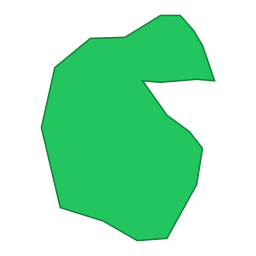 the border of Saint Philip
{"feature_id": "ATG-5095", "entity_name": "Saint Philip", "entity_type": "Parish", "adm_level": 1, "iso_a3": "ATG", "parent_name": "Antigua and Barbuda", "parent_adm1": "", "projection": "natural_earth1", "projection_center": [-61.693, 17.064], "detail": "fine", "context": "isolated", "style": "filled", "palette": "green", "viewbox_px": 256, "rotation_deg": 0, "n_neighbors": 0, "source": "natural_earth", "source_scale": "10m", "svg_char_len": 367}
<svg xmlns="http://www.w3.org/2000/svg" viewBox="0 0 256 256"><path d="M90.3,38.4L125.0,37.3L160.6,15.4L180.2,15.4L193.7,30.6L202.7,46.0L214.6,80.8L196.7,79.3L160.5,82.3L142.6,80.8L167.0,115.3L189.6,131.8L202.5,148.5L196.6,184.7L166.9,238.4L137.2,240.6L103.1,221.0L60.3,207.6L41.4,127.7L54.8,67.6L90.3,38.4Z" fill="#22c55e" stroke="#15803d" stroke-width="1.5"/></svg>